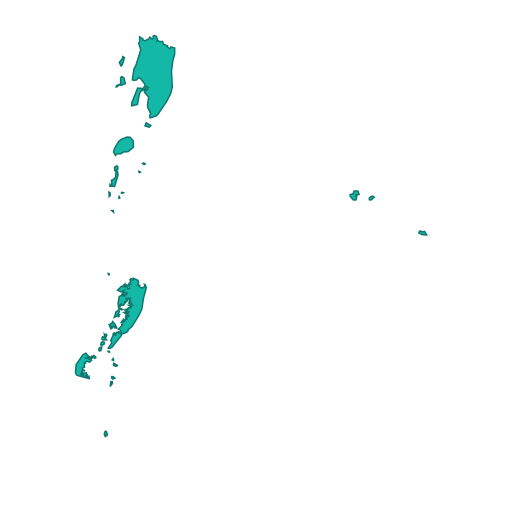 Sumenep, Jawa Timur, Indonesia (Albers equal-area conic projection), rotated 99°
{"feature_id": "22746128B46307112426649", "entity_name": "Sumenep", "entity_type": "district", "adm_level": 2, "iso_a3": "IDN", "parent_name": "Indonesia", "parent_adm1": "Jawa Timur", "projection": "albers", "projection_center": [115.069, -6.151], "detail": "fine", "context": "isolated", "style": "filled", "palette": "teal", "viewbox_px": 512, "rotation_deg": 99, "n_neighbors": 0, "source": "geoboundaries", "source_scale": "gbopen_adm2", "svg_char_len": 6151}
<svg xmlns="http://www.w3.org/2000/svg" viewBox="0 0 512 512"><g transform="rotate(99 256 256)"><path d="M57.8,405.2L62.6,404.4L64.2,405.3L70.1,402.1L86.9,404.5L89.9,405.8L101.3,405.7L101.7,404.2L100.8,401.4L98.0,400.0L98.9,397.6L103.5,392.8L105.6,392.2L108.7,394.3L109.6,393.7L109.5,392.3L105.6,390.3L106.4,388.5L109.2,389.8L108.2,390.7L109.2,391.4L109.8,390.8L110.0,390.9L109.5,392.0L111.7,391.8L115.8,386.9L123.9,386.8L126.4,386.1L131.5,382.5L134.5,382.9L136.2,382.2L133.4,376.7L131.5,375.1L117.5,368.5L109.0,365.7L102.4,365.1L86.6,368.4L75.7,368.7L69.7,367.9L63.3,368.8L62.8,372.8L64.9,373.5L63.0,376.5L62.2,376.4L61.3,380.6L58.7,381.9L59.3,384.5L58.5,386.6L59.3,387.5L56.8,387.4L56.7,388.2L54.7,388.6L54.1,390.9L54.9,392.0L57.1,391.5L58.2,392.2L56.5,395.1L58.4,395.9L60.8,399.3L60.6,401.4L59.3,401.6L57.8,405.2ZM315.3,360.5L304.4,359.4L301.6,361.0L301.5,361.8L302.9,361.0L304.7,362.0L305.4,364.7L304.1,366.8L303.2,366.3L303.4,368.3L300.5,367.8L298.5,368.8L297.1,373.7L298.6,374.5L298.4,373.1L299.0,373.9L297.9,376.0L299.2,376.8L301.1,375.6L302.8,377.1L303.5,375.4L304.6,377.6L307.9,375.7L308.5,377.8L305.8,378.7L306.9,380.0L307.1,384.2L311.4,387.4L312.6,383.7L310.4,381.0L313.9,382.1L312.2,378.9L312.9,377.7L314.1,378.8L314.5,378.1L315.2,379.8L316.3,379.7L316.0,381.3L314.7,380.9L317.5,384.8L324.6,384.8L328.0,383.8L327.0,382.3L325.4,382.7L323.7,381.5L326.1,381.9L325.2,379.1L323.1,378.0L321.8,378.7L321.3,378.1L322.1,377.5L320.1,375.9L319.0,376.0L318.7,377.3L318.0,377.6L318.3,375.9L317.0,375.1L318.3,375.2L317.5,373.4L320.3,374.1L320.5,372.8L322.8,374.8L322.3,374.1L323.0,372.8L322.2,371.9L323.8,370.4L324.6,374.0L325.9,371.1L327.0,371.6L327.0,374.0L328.3,374.1L329.3,376.9L330.0,376.7L329.0,375.5L330.3,376.0L330.1,374.8L331.2,375.3L330.8,372.9L332.1,373.1L332.6,373.6L331.9,376.1L332.5,377.6L333.5,374.8L332.8,373.5L334.4,374.1L334.8,372.1L335.7,372.5L335.7,373.6L336.7,373.7L335.5,375.2L337.5,375.1L338.7,373.9L338.8,375.1L340.0,375.6L340.2,374.6L340.6,376.0L341.4,375.9L342.1,377.8L345.3,377.2L349.7,380.4L350.4,378.3L353.0,377.0L353.8,375.5L350.8,370.9L348.9,370.7L345.2,367.6L332.9,362.3L326.4,360.5L315.3,360.5ZM167.7,394.1L161.4,395.4L158.4,398.9L158.7,402.0L161.8,407.2L164.3,409.6L172.1,412.6L175.5,413.0L178.6,410.5L176.9,409.4L176.2,405.6L173.9,403.0L173.0,398.7L167.7,394.1ZM403.2,401.5L401.0,402.2L402.2,403.1L401.2,406.5L400.6,403.7L397.9,405.4L399.3,409.7L400.5,407.7L401.2,408.2L401.3,409.6L400.1,410.4L398.2,409.2L397.7,410.2L396.4,409.4L393.8,410.1L392.7,408.0L388.7,408.8L388.6,407.7L387.7,407.9L386.4,406.5L386.9,403.8L384.8,402.1L383.9,403.2L384.2,405.0L383.1,406.2L383.7,408.2L382.8,408.0L383.1,407.1L381.8,405.1L378.6,408.9L380.9,411.7L391.5,416.7L399.3,416.1L401.4,414.8L402.0,413.1L403.2,401.5ZM108.7,399.2L124.5,402.7L127.2,402.2L124.8,396.8L114.2,396.6L111.3,395.5L110.2,394.0L108.3,395.3L108.7,399.2ZM355.6,376.5L353.2,377.2L353.8,379.8L353.0,378.8L352.2,379.5L353.3,381.8L356.1,382.2L355.9,384.5L362.2,386.3L363.5,385.0L364.6,385.1L370.2,387.4L370.0,385.6L368.5,383.9L355.6,376.5ZM209.4,406.5L197.4,404.9L194.5,406.0L194.8,406.9L192.9,407.4L192.5,406.1L189.6,406.4L188.7,407.8L190.6,409.6L193.8,408.8L193.5,407.5L200.1,407.1L202.2,408.3L203.8,410.6L209.6,409.2L209.4,406.5ZM179.1,163.8L176.1,165.3L176.3,169.1L179.7,170.1L180.5,172.6L182.3,172.3L185.4,168.8L185.0,166.0L181.8,165.8L181.5,166.8L180.3,165.8L179.8,166.7L179.1,163.8ZM106.2,412.0L100.6,414.4L99.8,416.7L101.0,417.7L107.1,416.5L109.6,420.4L110.8,420.7L110.6,419.6L108.4,418.0L108.5,415.8L106.2,412.0ZM337.4,382.1L336.7,381.3L337.1,382.1L336.1,382.6L335.2,381.8L335.2,382.9L331.9,382.3L331.2,383.2L332.9,385.5L338.8,386.4L337.0,383.9L337.4,382.1ZM88.1,418.0L80.7,416.9L79.9,418.8L81.4,418.7L86.4,421.3L89.4,419.0L88.1,418.0ZM349.2,384.9L348.9,382.3L346.8,383.6L345.0,385.1L345.4,386.0L345.0,385.5L343.1,387.3L345.0,387.8L346.7,390.3L348.2,388.5L347.9,386.6L348.9,386.6L347.9,385.5L348.5,383.6L349.2,384.9ZM208.9,95.4L208.5,90.7L205.3,93.4L206.2,95.5L205.5,97.8L206.5,98.6L207.7,98.8L208.9,95.4ZM144.8,386.0L145.5,381.6L143.6,380.3L141.6,385.3L144.8,386.0ZM362.9,394.4L362.2,390.6L361.4,391.9L357.5,391.0L356.7,391.6L357.5,392.6L356.8,393.6L360.1,392.6L359.7,394.9L362.0,395.3L362.9,394.4ZM179.5,148.4L178.6,150.0L179.2,151.5L180.9,153.1L182.7,152.9L182.7,151.1L179.5,148.4ZM455.9,374.9L455.2,374.8L455.2,375.1L455.8,375.0L457.2,375.8L455.4,375.1L452.9,376.2L452.7,377.5L455.5,378.1L457.9,376.6L456.8,375.3L455.9,374.9ZM366.9,392.2L364.9,392.2L364.7,393.8L365.4,395.2L367.6,395.5L368.7,394.9L366.9,392.2ZM373.9,394.5L370.3,394.0L370.9,396.1L373.2,396.7L374.2,396.0L373.9,394.5ZM404.6,378.0L402.6,378.3L402.8,379.7L407.7,379.7L404.6,378.0ZM386.9,377.3L386.0,375.7L385.7,375.8L384.2,379.7L385.7,379.8L386.6,378.9L386.9,377.3ZM398.7,376.3L397.5,378.2L397.7,379.7L399.2,379.4L400.0,378.1L398.7,376.3ZM218.9,409.4L216.2,410.1L215.9,411.2L220.2,410.3L218.9,409.4ZM381.6,398.3L380.6,398.6L379.7,400.7L380.7,401.8L382.3,399.4L381.6,398.3ZM349.7,386.8L348.5,387.2L348.6,389.3L350.7,387.9L349.7,386.8ZM305.5,380.8L304.1,381.0L306.7,383.2L306.9,381.8L305.5,380.8ZM329.8,383.2L330.1,380.3L329.7,379.4L328.7,382.3L329.8,383.2ZM182.5,382.5L183.1,380.8L182.5,379.8L181.6,381.4L182.5,382.5ZM235.0,403.6L233.4,404.1L233.7,405.6L235.0,403.6ZM381.6,401.5L380.9,402.5L382.9,403.0L382.9,402.1L381.6,401.5ZM209.0,410.8L209.3,410.0L208.2,411.4L210.1,411.1L209.9,410.4L209.0,410.8ZM383.0,404.9L381.7,403.9L381.4,405.1L383.0,404.9ZM214.7,398.8L215.0,397.7L214.3,396.8L214.0,398.3L214.7,398.8ZM381.5,380.4L381.1,380.3L379.6,381.0L381.1,381.8L381.5,380.4ZM190.2,385.5L191.9,384.2L191.3,383.3L190.2,385.5ZM297.4,398.0L296.3,398.4L296.4,399.3L297.5,398.8L297.4,398.0ZM340.6,376.9L340.9,377.9L342.2,378.5L341.3,376.9L340.6,376.9ZM220.5,400.4L220.1,399.6L218.7,400.4L219.8,400.8L220.5,400.4ZM345.8,378.0L343.9,377.5L343.7,377.7L345.8,378.0ZM355.1,383.4L354.2,383.3L354.1,384.2L355.2,384.8L355.1,383.4ZM373.3,387.2L374.1,386.2L373.7,385.6L373.0,386.1L373.3,387.2ZM395.6,408.1L397.0,407.9L395.9,407.5L395.6,408.1ZM306.3,380.9L305.6,379.6L304.9,379.5L305.2,380.1L306.3,380.9ZM339.6,376.8L338.4,377.3L339.6,377.1L339.6,376.8Z" fill="#14b8a6" stroke="#0f766e" stroke-width="1.5"/></g></svg>